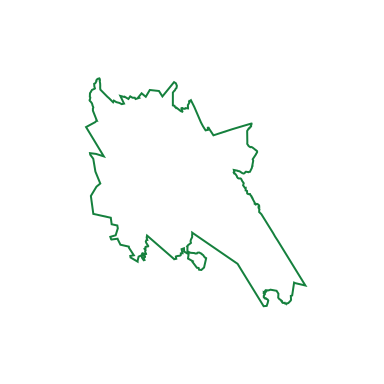 Lejasciema pag., Gulbene, Latvia (Robinson projection), rotated 226°
{"feature_id": "27541924B69346884723043", "entity_name": "Lejasciema pag.", "entity_type": "district", "adm_level": 2, "iso_a3": "LVA", "parent_name": "Latvia", "parent_adm1": "Gulbene", "projection": "robinson", "projection_center": [26.479, 57.294], "detail": "fine", "context": "isolated", "style": "outline", "palette": "green", "viewbox_px": 384, "rotation_deg": 226, "n_neighbors": 0, "source": "geoboundaries", "source_scale": "gbopen_adm2", "svg_char_len": 5753}
<svg xmlns="http://www.w3.org/2000/svg" viewBox="0 0 384 384"><g transform="rotate(226 192 192)"><path d="M176.2,267.2L182.1,266.4L183.4,265.8L183.7,265.1L184.9,264.8L186.0,264.7L187.2,265.0L187.8,265.0L188.5,265.4L189.3,266.3L197.6,274.1L198.3,277.0L198.3,277.3L197.9,277.5L198.3,279.1L198.1,279.9L198.4,280.5L198.9,280.6L199.2,280.7L199.7,281.8L199.4,283.0L200.2,281.9L203.4,275.8L209.3,264.4L217.9,246.8L225.3,248.2L226.7,248.6L227.2,248.2L227.2,247.9L226.6,247.4L225.3,247.2L226.9,244.6L227.5,244.7L231.8,245.6L235.9,246.8L251.5,252.7L258.8,255.0L258.9,253.9L259.4,253.4L259.0,252.6L258.3,252.5L257.6,250.4L257.4,249.4L254.9,247.2L256.8,245.6L256.6,245.3L256.7,244.9L257.3,244.1L257.9,243.7L259.1,243.4L259.4,243.1L259.6,242.6L259.4,242.4L257.5,241.4L256.6,241.1L256.5,240.8L257.3,240.4L258.1,240.1L263.5,239.4L263.5,238.9L265.6,238.9L266.2,239.3L267.6,238.4L276.8,247.3L277.1,249.2L277.0,250.2L277.6,251.9L277.6,253.1L278.9,254.9L281.4,255.9L283.5,255.4L281.3,237.1L287.6,238.4L294.7,232.5L292.6,224.9L298.0,224.3L297.4,219.3L296.4,219.4L298.1,216.0L299.6,216.3L300.3,215.6L300.4,215.4L301.1,214.7L303.7,214.0L303.1,210.9L307.4,209.7L307.4,209.3L310.9,207.2L302.8,204.5L304.0,202.5L306.6,201.6L309.2,200.0L312.0,199.3L311.4,197.6L316.9,197.5L319.3,197.3L329.3,197.2L330.7,198.3L332.6,200.2L333.1,200.6L333.6,201.1L336.2,202.9L336.3,203.4L337.3,204.1L338.1,204.3L338.2,204.2L338.1,203.7L338.8,203.0L338.9,202.0L339.0,201.8L338.8,201.3L338.8,200.7L338.6,200.5L338.1,200.2L337.4,198.0L337.8,196.8L335.8,195.1L333.9,194.1L333.9,193.8L334.9,191.0L334.4,189.0L334.1,188.4L334.1,187.8L333.9,187.2L331.4,184.6L330.8,184.6L330.5,184.4L329.5,182.9L329.5,182.7L329.4,182.4L329.1,182.0L328.5,181.8L327.5,181.9L325.2,181.6L324.3,181.1L323.8,180.9L323.5,180.6L321.4,179.8L321.1,179.3L320.9,178.7L319.3,177.2L309.6,173.2L309.8,173.1L309.6,173.0L309.5,170.9L312.3,160.9L278.9,153.3L286.1,149.4L290.8,145.6L289.5,144.7L285.4,144.2L284.4,144.0L273.8,136.7L261.8,131.9L262.2,127.0L259.4,116.5L244.8,105.8L229.9,115.7L224.6,111.8L219.8,115.0L217.4,113.4L213.9,107.0L216.5,102.1L214.2,101.0L213.8,101.0L210.1,106.0L209.5,105.7L203.8,103.9L196.6,108.6L195.6,107.9L186.9,106.2L188.9,103.2L187.6,102.3L179.7,104.5L180.3,105.1L182.6,108.7L181.7,111.3L180.5,110.9L178.8,110.2L176.4,109.9L176.1,110.6L177.0,110.8L178.1,111.5L178.1,111.9L177.8,112.8L178.0,113.2L178.4,113.5L178.9,113.4L179.9,112.8L180.5,112.5L181.4,112.6L182.2,113.1L182.4,113.5L182.3,113.9L181.8,114.2L180.0,114.8L179.6,115.3L179.3,115.9L179.6,116.1L180.8,116.4L181.8,117.0L182.2,117.6L182.4,118.3L182.7,118.3L183.7,118.2L184.2,118.4L184.1,118.8L183.8,119.3L183.8,119.5L184.0,119.7L184.6,120.1L184.8,120.5L183.9,122.0L183.4,122.6L183.4,122.8L183.6,123.0L187.0,123.7L188.4,124.3L188.7,124.8L188.9,125.8L189.1,126.1L188.6,126.5L190.8,127.8L191.9,129.4L156.6,132.5L156.4,132.6L156.0,132.5L154.9,134.3L156.7,135.4L156.8,135.7L155.8,137.5L155.1,138.3L154.5,139.3L154.4,139.9L154.5,140.2L155.6,141.3L154.5,142.6L158.1,144.8L157.1,147.1L154.6,145.0L150.8,146.0L150.4,146.5L150.0,146.8L146.9,142.9L141.6,144.5L141.5,143.8L134.1,142.9L132.8,144.0L131.2,143.1L129.4,144.6L129.4,145.6L129.3,148.2L134.4,156.0L134.6,156.2L134.8,156.1L135.0,156.1L135.2,155.9L135.5,155.8L136.7,155.9L137.0,155.8L138.7,156.2L140.7,155.8L141.0,156.0L143.5,155.1L144.5,153.8L144.4,152.8L145.5,151.6L146.4,151.3L149.2,148.8L151.0,148.0L152.6,147.6L154.6,149.5L155.7,150.8L156.2,150.6L156.4,151.3L156.5,152.1L156.1,155.5L156.1,155.9L157.4,156.6L157.8,157.0L158.5,158.2L159.4,160.7L159.8,161.2L160.5,161.7L161.7,163.1L162.6,163.9L152.3,166.0L108.7,174.9L108.2,174.8L101.1,173.2L60.1,164.2L58.2,166.6L59.7,169.5L61.0,171.5L62.1,171.7L62.6,171.6L62.8,171.5L63.1,171.3L63.3,171.4L63.7,171.2L63.8,171.3L64.1,171.3L64.1,171.1L64.3,171.1L64.7,170.9L64.8,170.6L64.7,170.6L64.8,170.5L65.4,170.7L65.5,170.7L66.0,170.7L66.3,170.5L66.7,170.9L67.2,171.2L67.2,171.4L67.6,171.8L67.7,172.6L68.3,173.1L68.5,173.1L69.0,173.2L68.8,173.5L69.1,173.5L69.7,173.9L69.3,174.0L69.5,174.1L69.3,174.3L69.5,174.4L69.4,174.6L69.5,174.6L69.8,174.5L70.0,174.7L70.0,175.0L69.9,175.1L69.5,175.1L69.7,175.4L69.5,175.6L68.9,175.7L68.9,175.9L69.3,175.8L69.5,176.0L69.9,176.0L70.0,176.2L70.1,176.3L70.0,176.5L70.1,176.8L69.8,177.0L69.6,177.3L69.2,177.3L69.2,177.6L68.0,178.8L67.2,180.6L62.2,184.2L58.8,183.5L56.1,180.6L53.9,180.4L53.2,180.8L52.6,180.8L51.9,180.6L51.7,180.9L51.1,181.0L50.9,180.9L50.9,180.7L50.7,180.4L49.7,180.2L49.3,180.2L48.9,180.5L48.8,180.8L48.2,181.1L47.9,181.4L47.7,181.4L47.7,181.6L47.4,181.5L47.1,181.7L47.2,181.8L46.9,181.7L46.5,182.0L46.2,182.0L46.3,182.2L46.1,182.3L45.9,182.6L46.1,182.8L45.7,183.3L45.2,184.1L45.3,187.4L45.6,188.3L48.6,190.9L48.0,192.2L55.9,202.5L54.8,202.9L46.0,208.6L97.5,219.9L102.2,220.8L106.1,221.8L127.9,226.5L130.9,226.4L132.9,228.4L132.9,228.6L133.9,228.7L134.4,228.9L134.8,229.2L134.6,230.0L135.3,230.1L135.3,230.5L135.5,230.8L136.1,231.0L137.7,230.8L138.4,230.4L138.7,229.1L140.0,228.9L140.2,229.5L147.9,231.7L147.6,231.8L148.3,232.0L149.5,231.9L150.2,232.1L150.3,232.2L151.4,231.0L152.6,230.7L154.3,232.1L154.5,232.3L155.6,231.9L155.9,231.7L157.7,233.5L158.1,232.9L161.3,233.4L162.4,235.3L162.8,235.3L163.4,235.5L164.9,235.7L167.1,236.4L167.8,236.4L168.2,236.2L169.2,235.1L169.6,234.9L170.2,234.7L171.3,234.8L171.8,235.0L172.3,235.3L174.0,235.6L174.7,235.7L176.0,235.2L177.2,235.6L177.3,236.1L177.1,236.5L177.6,236.9L178.3,237.1L178.8,237.4L175.6,239.6L175.2,239.6L173.9,240.6L170.6,241.3L169.4,242.0L169.1,242.7L169.1,243.3L169.2,243.7L169.2,244.8L168.9,245.1L167.0,246.4L167.0,246.7L166.3,247.7L167.7,251.7L168.7,253.1L168.6,253.3L168.6,253.5L169.1,254.0L169.3,254.0L172.0,257.8L173.4,258.4L174.7,264.3L174.9,264.6L175.2,265.9L175.4,266.5L175.8,266.9L176.2,267.2Z" fill="none" stroke="#15803d" stroke-width="2"/></g></svg>